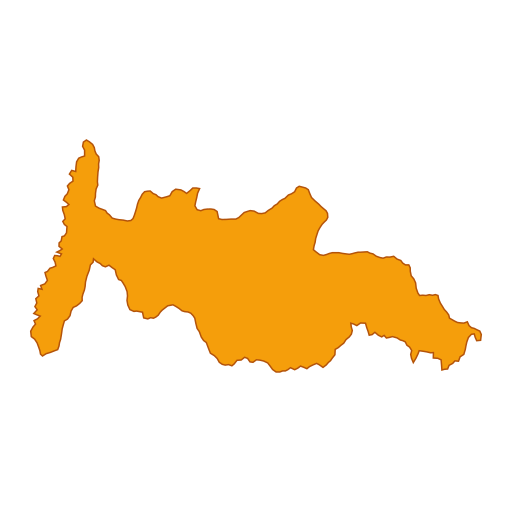 Quartel Geral, Minas Gerais, Brazil (Equal Earth projection)
{"feature_id": "56859067B95369999276489", "entity_name": "Quartel Geral", "entity_type": "district", "adm_level": 2, "iso_a3": "BRA", "parent_name": "Brazil", "parent_adm1": "Minas Gerais", "projection": "equal_earth", "projection_center": [-45.616, -19.26], "detail": "fine", "context": "isolated", "style": "filled", "palette": "amber", "viewbox_px": 512, "rotation_deg": 0, "n_neighbors": 0, "source": "geoboundaries", "source_scale": "gbopen_adm2", "svg_char_len": 5251}
<svg xmlns="http://www.w3.org/2000/svg" viewBox="0 0 512 512"><path d="M199.6,188.6L196.3,188.0L192.8,188.0L190.1,190.6L186.6,193.4L183.9,191.5L180.9,189.9L175.7,189.2L172.2,191.6L169.9,195.7L166.9,196.7L161.6,198.1L158.1,196.7L156.0,194.7L153.2,193.6L150.2,191.0L147.4,191.2L144.6,191.7L142.2,194.3L140.6,197.5L138.8,200.4L137.5,204.1L136.6,208.0L135.4,212.0L134.3,215.4L133.0,218.6L130.9,220.5L127.4,221.0L123.2,220.1L119.0,219.7L115.7,219.1L112.2,218.1L109.4,214.8L107.1,213.1L105.5,210.6L102.7,209.5L99.1,208.2L95.5,206.1L94.3,200.8L95.4,197.0L95.5,193.3L96.1,189.0L97.8,185.1L97.4,181.8L97.6,177.2L98.0,171.8L98.7,167.7L98.6,163.8L99.2,160.4L98.7,156.7L96.2,154.0L94.9,150.9L94.3,147.6L92.6,144.4L89.4,141.8L86.4,140.0L83.4,142.1L82.6,146.3L84.6,150.2L84.6,156.0L81.4,157.0L78.7,158.2L76.6,161.8L76.0,166.6L75.7,171.5L71.7,170.4L69.4,174.1L72.8,177.2L73.0,181.1L69.6,183.4L67.4,186.0L68.9,189.7L67.3,193.8L64.9,196.3L63.4,200.0L66.6,202.4L68.9,204.5L66.4,206.6L62.4,207.0L62.8,210.4L64.3,214.6L65.2,218.8L62.8,221.4L64.4,224.5L67.0,226.5L66.5,232.9L64.4,235.9L62.0,236.6L61.2,240.9L59.1,242.9L59.0,246.3L62.2,249.0L60.0,250.5L56.8,252.1L61.5,253.9L60.0,256.4L57.4,255.7L54.7,255.5L53.3,258.5L55.1,262.2L55.9,265.9L52.5,267.5L50.0,268.2L47.4,271.5L45.0,272.5L45.8,275.7L47.4,280.4L44.8,283.9L40.6,285.5L42.0,289.3L38.2,288.4L37.7,291.6L38.9,295.9L35.8,298.7L36.8,303.0L34.9,306.6L37.2,309.8L33.8,313.5L36.8,314.8L40.2,316.1L37.5,318.8L34.0,320.6L35.5,324.1L33.0,327.0L30.7,331.2L31.3,336.6L34.6,339.1L37.1,342.9L38.8,347.5L39.9,350.7L40.5,354.1L42.5,356.0L46.1,353.7L50.4,352.4L54.7,350.7L57.7,349.6L59.0,346.0L59.5,342.7L60.6,339.3L61.5,333.9L62.2,328.8L63.1,325.4L64.4,320.9L67.5,319.1L70.0,315.7L71.1,311.0L73.2,307.4L76.5,305.9L79.7,303.4L82.2,300.7L82.1,297.3L82.9,294.1L84.4,290.0L85.1,286.5L85.5,282.0L86.9,276.3L89.2,270.3L90.4,264.9L93.1,262.2L93.5,258.8L96.9,261.8L100.3,263.6L102.4,265.7L105.4,266.8L109.0,265.2L112.1,267.6L115.2,269.7L116.4,275.0L118.6,279.5L121.4,280.5L123.0,282.9L125.2,286.6L127.1,291.6L127.5,295.9L127.0,300.5L127.8,305.0L129.9,309.6L133.9,311.4L136.6,311.1L142.5,312.2L143.7,317.9L147.8,318.9L150.6,317.7L153.5,318.2L155.9,317.0L158.2,315.2L160.2,312.2L162.2,310.1L164.5,308.3L167.7,305.8L173.0,304.8L176.2,306.6L179.0,308.4L182.0,310.8L184.6,311.6L188.1,312.0L190.8,313.2L193.1,315.6L194.8,318.2L195.8,323.2L197.1,328.4L199.3,331.6L201.3,337.1L203.6,340.5L206.3,342.5L207.5,345.7L208.7,348.9L210.4,353.2L214.4,355.7L217.2,358.5L219.3,362.3L222.2,364.3L225.2,365.1L228.6,364.6L231.9,365.8L234.2,363.9L237.0,360.3L241.2,360.0L244.6,357.3L247.6,358.4L250.0,361.9L253.0,362.3L256.4,359.8L259.7,360.1L263.6,361.0L267.7,362.9L270.0,365.9L272.6,369.5L276.1,372.0L279.8,372.0L282.7,370.9L285.4,370.9L287.8,369.7L290.5,367.7L294.7,369.7L297.7,368.2L300.5,366.1L303.8,367.3L306.9,368.7L309.5,366.6L313.2,364.8L316.6,363.4L319.2,364.7L323.0,367.4L326.3,364.9L328.4,362.4L330.5,360.7L332.2,358.2L334.9,354.8L335.2,349.4L338.3,347.6L340.9,345.3L343.7,343.2L346.0,339.6L349.3,336.9L351.4,334.1L352.3,330.5L351.3,327.0L350.8,323.2L353.4,323.9L356.8,325.6L360.5,323.0L365.5,323.2L366.7,327.5L368.1,331.4L369.2,335.2L372.1,334.6L374.9,332.3L378.3,335.2L381.7,336.9L384.1,335.4L386.4,338.0L389.0,337.5L392.5,336.6L397.1,337.9L400.3,340.0L402.9,340.7L405.3,341.9L406.9,345.2L409.6,347.1L411.7,350.5L410.7,354.4L411.5,358.3L413.3,362.6L415.9,358.3L418.0,353.9L419.2,350.7L422.8,351.2L426.9,351.9L430.6,352.8L433.4,352.6L433.3,358.0L437.8,358.3L441.1,359.8L441.6,365.8L441.9,370.0L444.4,369.3L447.6,369.0L449.1,365.3L452.7,363.4L454.9,360.9L458.5,361.2L460.1,356.8L463.8,354.4L465.3,349.4L465.9,346.0L466.8,342.0L468.4,337.5L471.4,334.3L474.2,333.9L475.2,337.3L476.7,340.7L480.6,340.3L481.3,334.5L479.8,331.1L476.6,329.6L474.2,328.4L471.5,327.7L469.1,325.7L467.3,321.8L463.9,323.1L460.7,322.9L457.5,322.5L454.6,321.1L452.0,319.6L449.5,318.2L448.7,314.9L446.6,312.0L444.3,309.5L442.6,306.7L440.3,303.0L438.6,298.9L438.0,295.5L435.4,294.6L432.5,295.3L429.3,294.7L426.0,295.5L422.7,295.2L419.6,295.5L417.9,293.1L416.2,288.2L415.6,282.9L413.8,278.9L411.2,275.8L410.3,271.3L410.2,267.8L408.8,264.9L405.4,264.9L402.6,263.0L400.8,260.5L397.1,259.1L393.7,256.3L389.9,257.1L386.3,257.0L383.1,258.2L379.8,257.5L376.2,256.2L373.0,253.9L369.8,253.1L367.4,251.8L363.7,252.0L360.7,252.2L358.1,252.2L354.6,253.0L352.1,253.7L349.3,254.3L346.1,253.9L342.4,253.4L338.9,252.7L335.2,252.7L332.3,252.7L329.5,253.4L326.3,254.6L323.4,255.4L319.7,254.7L315.9,251.8L313.4,249.7L314.1,245.7L315.1,242.4L315.7,238.4L317.0,234.3L318.1,230.9L319.8,227.8L322.1,224.3L324.3,222.0L326.4,220.0L327.8,217.3L327.5,213.4L326.0,210.7L323.7,208.8L321.1,206.6L318.7,204.1L315.2,201.1L311.5,197.5L309.7,193.4L308.3,189.7L305.7,188.0L302.8,187.2L299.2,186.3L296.5,188.0L294.6,191.8L291.5,193.8L288.4,195.0L284.9,198.4L282.4,199.5L279.6,201.3L277.2,204.0L274.3,205.7L272.1,208.1L268.3,210.4L265.2,212.9L261.7,213.6L258.3,213.4L254.1,211.1L250.2,210.6L247.8,211.3L244.2,212.5L241.2,215.3L238.9,217.5L235.8,219.1L230.8,219.1L226.5,219.4L221.9,219.5L218.6,218.7L217.9,215.2L217.1,211.5L214.1,209.5L210.8,209.0L207.2,209.1L203.9,209.5L200.8,210.7L197.1,209.7L194.9,205.8L195.7,201.7L196.6,198.1L197.6,193.2L199.6,188.6Z" fill="#f59e0b" stroke="#b45309" stroke-width="1.5"/></svg>